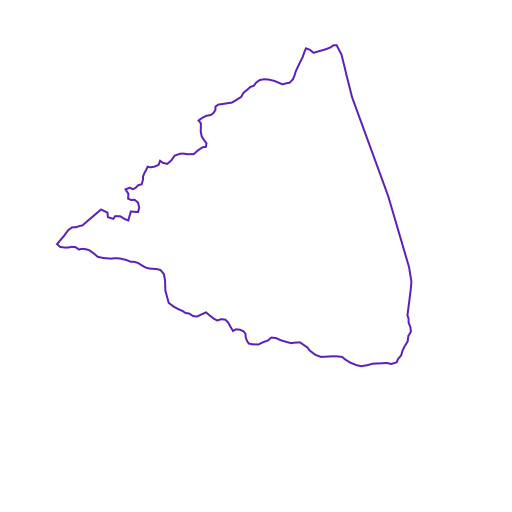 outline of Crisópolis, Bahia, Brazil, rotated 152°
{"feature_id": "56859067B36818450033249", "entity_name": "Crisópolis", "entity_type": "district", "adm_level": 2, "iso_a3": "BRA", "parent_name": "Brazil", "parent_adm1": "Bahia", "projection": "mercator", "projection_center": [-38.126, -11.499], "detail": "fine", "context": "isolated", "style": "outline", "palette": "violet", "viewbox_px": 512, "rotation_deg": 152, "n_neighbors": 0, "source": "geoboundaries", "source_scale": "gbopen_adm2", "svg_char_len": 2722}
<svg xmlns="http://www.w3.org/2000/svg" viewBox="0 0 512 512"><g transform="rotate(152 256 256)"><path d="M426.1,359.9L424.6,355.9L420.7,353.1L417.8,351.6L414.6,350.7L411.1,348.5L409.4,344.9L406.4,344.1L403.5,342.2L400.7,339.7L397.9,334.2L396.1,329.5L392.1,326.2L388.7,323.9L384.8,321.5L381.6,320.3L377.2,317.6L372.3,313.3L369.5,309.9L366.1,307.9L363.4,305.2L361.3,301.5L359.1,297.9L356.3,295.2L353.4,293.3L349.9,291.2L346.9,288.4L345.8,283.4L347.1,279.1L348.4,275.8L350.3,272.0L352.3,267.9L353.8,261.3L355.1,255.6L352.3,249.7L349.6,245.6L346.6,241.9L345.1,238.9L342.0,236.5L339.7,232.4L336.4,230.2L332.7,230.1L326.6,229.7L324.8,225.2L322.8,220.7L320.6,217.3L316.3,216.5L313.0,214.2L311.8,210.5L311.8,205.9L311.5,200.6L308.2,200.7L304.8,198.5L302.3,195.2L301.8,192.2L303.2,189.3L303.8,185.4L303.5,182.1L300.3,179.5L295.3,176.7L290.7,176.6L285.0,175.8L280.8,176.8L277.0,174.3L273.7,170.0L269.8,166.2L266.0,162.6L262.4,161.3L257.6,159.0L255.5,154.8L253.5,151.0L253.1,147.7L251.7,144.5L249.8,140.6L246.0,136.4L240.9,134.0L235.7,131.6L231.5,129.3L227.4,126.5L225.6,122.3L222.7,117.4L218.5,112.4L214.7,109.2L211.5,108.2L208.6,107.2L203.7,106.2L200.2,104.6L196.2,102.6L191.0,100.3L187.1,97.1L181.7,96.1L178.9,98.4L174.5,100.1L170.9,103.8L167.0,106.6L162.3,109.3L158.9,114.0L154.9,116.3L153.2,120.3L152.5,125.6L150.7,129.1L150.2,132.4L135.7,152.9L130.9,160.2L126.1,174.3L111.3,246.2L110.2,253.6L98.1,340.7L96.7,350.8L91.9,370.3L88.6,383.2L85.9,393.9L85.9,404.3L88.8,405.7L91.9,405.2L96.8,405.7L109.8,408.4L111.7,412.9L114.4,415.9L117.7,413.2L121.7,409.5L125.7,406.7L130.2,403.4L134.4,400.2L137.0,397.5L140.2,394.8L144.9,393.2L148.7,394.4L151.9,395.1L154.1,397.7L157.5,401.9L162.2,406.0L166.2,408.4L170.1,409.6L174.2,409.1L177.9,407.4L181.7,407.9L185.7,406.9L190.4,406.0L194.4,403.4L198.0,403.2L201.3,402.9L205.4,402.8L209.2,404.2L213.9,405.8L218.2,407.4L221.7,406.9L223.2,404.1L226.5,402.2L229.6,401.7L234.2,403.1L238.9,403.2L243.1,402.6L242.4,399.2L243.9,396.2L246.5,391.6L247.8,386.9L247.5,383.0L246.8,378.8L248.9,375.9L252.4,377.1L257.7,376.5L263.2,375.2L268.8,378.1L272.0,380.5L275.3,382.0L280.8,382.8L286.0,380.1L291.1,379.0L294.5,382.0L296.0,385.1L299.2,382.2L303.4,382.5L307.5,383.8L309.8,385.7L312.3,383.7L315.5,381.7L318.4,379.3L319.9,376.5L323.3,373.0L326.8,373.8L330.3,372.7L333.4,372.8L335.4,375.6L339.9,376.1L339.5,370.8L342.0,366.7L339.9,364.0L336.8,362.6L335.1,358.6L336.4,353.6L339.5,350.2L343.1,352.4L345.6,354.1L348.3,351.3L352.1,347.3L354.8,350.6L357.1,354.7L361.6,357.3L364.5,355.8L368.5,359.8L366.8,364.2L369.1,367.2L371.0,369.8L388.4,366.0L394.8,364.5L397.9,365.3L401.4,365.9L404.8,367.6L409.2,367.1L412.9,365.5L416.3,363.8L420.7,362.1L426.1,359.9Z" fill="none" stroke="#5b21b6" stroke-width="2"/></g></svg>